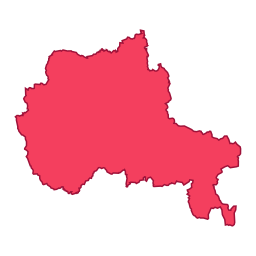 outline of Meiktila, Mandalay, Myanmar
{"feature_id": "60261553B62690814577767", "entity_name": "Meiktila", "entity_type": "district", "adm_level": 2, "iso_a3": "MMR", "parent_name": "Myanmar", "parent_adm1": "Mandalay", "projection": "mercator", "projection_center": [96.117, 20.958], "detail": "fine", "context": "isolated", "style": "filled", "palette": "rose", "viewbox_px": 256, "rotation_deg": 0, "n_neighbors": 0, "source": "geoboundaries", "source_scale": "gbopen_adm2", "svg_char_len": 5761}
<svg xmlns="http://www.w3.org/2000/svg" viewBox="0 0 256 256"><path d="M42.9,184.3L43.7,184.6L46.8,183.5L47.6,185.0L50.4,186.8L50.9,187.9L53.8,188.9L54.1,189.7L56.6,189.3L58.9,188.1L59.8,188.3L60.9,187.8L61.4,187.0L62.8,186.8L63.3,187.1L63.0,188.0L63.8,188.7L63.4,189.0L63.9,189.1L63.9,189.8L64.8,189.8L65.0,190.6L66.0,190.7L66.4,191.4L67.6,191.4L68.4,193.4L69.1,193.5L70.6,191.8L71.6,191.8L71.2,192.3L71.3,193.7L72.4,194.3L76.2,193.1L76.2,192.0L76.9,193.3L78.3,192.6L78.2,191.6L79.3,191.2L79.6,190.2L79.0,188.2L80.2,188.1L81.0,187.2L81.1,185.4L82.8,184.2L84.3,184.4L85.7,181.0L88.4,180.4L88.6,179.4L89.9,178.0L91.4,178.3L92.0,176.3L92.8,175.9L93.0,173.4L93.9,172.8L94.2,171.5L96.5,170.6L98.5,167.7L100.1,167.6L101.6,168.5L103.5,167.7L104.8,168.1L105.4,169.3L106.4,170.1L107.1,171.9L110.8,173.9L112.0,174.1L113.2,173.0L118.8,173.2L119.0,172.6L120.2,172.6L123.2,170.0L124.1,170.2L124.6,169.6L125.4,171.5L125.4,174.0L126.5,174.5L126.0,174.8L126.7,175.5L126.6,176.9L127.1,178.2L126.1,183.9L126.5,185.5L126.2,186.5L126.9,186.9L127.5,186.7L128.0,185.1L130.2,183.8L130.4,183.3L129.7,182.6L130.9,182.2L135.5,182.5L136.3,183.5L139.1,182.1L139.9,180.4L143.5,179.9L143.3,178.0L144.6,176.8L145.4,177.0L145.3,180.3L146.5,181.2L148.1,178.0L150.6,177.2L153.4,180.7L153.0,183.1L153.6,184.6L153.2,185.0L153.5,186.4L154.1,186.5L160.6,186.1L162.1,186.4L164.4,184.6L166.7,185.4L168.3,185.3L169.5,183.9L171.0,183.6L171.5,182.9L174.9,183.9L176.7,181.1L177.4,181.6L182.2,182.4L183.8,185.0L189.1,181.6L189.8,179.8L193.0,180.4L192.7,182.8L191.4,183.8L191.7,187.4L189.4,189.2L187.3,190.0L187.5,190.9L188.6,192.6L187.1,194.2L189.6,195.7L189.6,196.4L188.3,197.8L189.5,198.7L188.3,201.2L188.4,202.1L189.1,203.3L190.2,207.8L191.4,209.0L191.3,210.5L193.0,214.5L194.1,215.6L195.2,216.0L196.5,217.6L197.6,218.1L199.3,217.4L200.5,218.0L203.5,218.0L207.7,219.2L208.5,218.4L208.3,214.5L211.0,208.3L212.0,208.1L213.2,208.5L215.0,207.3L217.5,208.2L220.3,206.9L221.9,209.8L222.4,214.7L224.8,219.5L225.4,225.0L227.3,224.5L228.8,225.3L229.8,224.8L232.1,225.8L232.8,225.7L234.2,224.5L234.7,222.4L234.2,213.0L235.7,209.9L236.0,206.1L233.6,206.2L231.0,209.1L230.8,210.3L228.8,210.1L227.7,207.8L228.3,207.0L228.0,205.2L227.2,204.5L223.5,204.2L222.2,203.7L221.2,202.6L220.4,200.8L219.7,200.4L218.5,196.5L217.3,195.0L215.7,194.0L215.1,190.7L213.8,187.7L214.2,187.1L213.7,186.0L213.1,185.6L213.2,184.7L216.2,184.7L217.4,183.2L217.5,182.5L217.1,181.6L218.1,179.4L216.6,178.7L216.2,177.3L218.0,174.5L221.9,172.4L222.1,171.6L221.0,169.0L224.8,166.8L227.7,165.7L230.3,167.7L236.6,166.7L238.3,166.1L238.4,160.9L238.0,159.8L238.5,157.9L237.4,156.8L238.0,155.9L239.2,155.5L240.5,153.8L240.6,148.8L240.2,146.9L237.0,144.3L235.4,142.1L234.1,143.3L232.9,143.7L231.1,143.3L230.0,143.5L228.7,139.4L226.9,136.0L224.5,136.1L222.6,138.4L220.9,138.7L218.8,140.1L217.1,138.6L213.6,137.8L212.0,136.8L212.0,134.8L210.7,131.4L209.8,131.2L208.3,132.2L207.2,132.0L206.0,133.1L203.5,134.4L202.9,134.3L202.3,133.0L201.3,132.4L201.2,131.4L199.5,130.9L196.5,131.7L193.6,131.3L191.7,129.6L184.4,126.0L180.5,126.2L178.3,125.8L176.1,123.5L173.9,123.3L174.5,121.7L174.3,119.9L173.5,118.6L172.4,118.2L169.4,118.7L168.3,117.9L168.2,114.6L167.5,113.4L167.5,111.9L166.2,110.5L166.0,109.5L167.7,107.7L167.7,106.7L167.0,105.0L165.4,103.6L168.5,102.0L168.7,101.3L170.7,99.8L171.1,98.4L169.5,93.0L168.2,91.0L168.4,89.8L167.8,88.0L170.0,83.6L169.5,82.6L168.6,82.7L168.8,81.4L169.3,81.2L167.6,77.8L168.7,76.6L168.7,75.4L167.5,72.5L164.5,69.4L164.2,68.5L161.7,67.3L161.1,66.3L160.6,63.8L158.3,64.5L158.2,65.2L159.3,65.7L159.1,68.1L157.8,70.3L156.5,71.0L155.1,71.0L152.7,69.5L152.3,70.4L149.8,70.8L149.6,70.1L147.9,69.5L148.3,68.6L147.4,66.5L147.8,65.8L147.2,62.8L147.6,61.7L147.0,58.5L147.1,56.5L147.9,56.6L148.4,55.3L146.5,51.1L146.6,49.1L145.8,49.8L145.5,49.3L145.9,48.6L144.6,48.2L144.5,47.3L145.8,46.5L146.6,46.5L147.8,45.5L147.0,44.7L147.3,43.8L146.6,42.1L146.7,40.5L146.3,39.5L144.8,38.0L143.4,37.8L144.2,37.0L144.0,35.8L144.7,35.3L144.2,34.2L143.9,30.9L140.5,30.2L140.7,31.6L141.3,32.0L140.9,33.1L141.6,33.5L138.7,34.5L136.2,34.2L135.1,35.1L134.8,37.4L134.3,38.4L133.5,38.3L132.5,39.0L130.6,38.7L129.1,37.4L127.6,37.2L126.7,38.9L122.1,40.7L122.9,43.1L119.9,42.7L119.7,46.2L117.8,48.4L117.7,51.4L116.2,52.1L116.2,51.0L115.4,50.2L114.8,50.9L113.7,50.6L111.3,52.9L110.3,52.5L110.2,51.7L109.6,51.3L108.8,51.7L107.8,51.3L107.5,50.3L106.4,49.7L106.4,50.4L105.3,50.4L104.0,51.1L103.8,50.1L102.7,50.2L102.7,49.4L102.1,48.8L101.5,49.1L101.3,50.0L100.0,50.4L99.9,51.5L100.5,52.0L98.8,51.6L98.5,52.4L97.3,52.2L95.7,54.2L93.6,54.2L92.4,55.6L87.0,56.6L87.6,58.0L87.0,58.2L84.0,56.8L82.9,55.8L81.5,55.5L80.9,56.0L79.3,55.3L77.5,54.2L76.3,52.5L71.5,51.4L71.2,50.9L67.4,51.0L63.0,50.0L61.3,51.1L60.5,50.5L55.2,51.5L54.3,51.0L51.7,54.5L52.2,54.9L49.1,56.6L49.5,57.8L48.8,58.3L48.7,60.6L48.0,61.5L47.6,63.5L46.6,64.7L45.5,68.5L46.4,70.7L45.7,71.8L45.8,72.8L46.7,75.2L47.8,76.1L48.2,77.4L48.0,78.7L48.7,79.7L46.0,84.3L43.8,84.8L42.1,83.4L41.2,83.2L40.6,83.3L40.1,84.5L35.4,84.1L34.4,84.5L34.3,88.2L33.8,88.5L31.5,88.5L30.8,87.8L29.5,87.7L28.1,89.0L28.2,89.9L27.7,89.9L25.5,88.3L25.7,94.7L26.1,95.5L24.5,97.2L23.7,98.8L25.2,102.1L27.1,103.3L27.7,106.0L27.2,108.8L28.1,109.1L28.4,110.2L25.4,112.8L24.4,112.5L23.5,113.4L23.0,113.2L23.3,113.8L22.8,113.8L22.1,115.0L22.9,115.1L22.9,115.5L21.1,115.4L19.4,116.1L18.8,115.6L17.0,115.5L15.4,116.8L16.5,118.0L16.4,120.1L17.8,126.6L17.8,128.7L18.5,129.5L18.8,131.0L21.6,134.8L22.9,135.1L25.4,137.0L25.4,139.0L26.5,141.6L26.5,145.7L24.7,148.4L24.7,149.2L26.6,150.2L28.0,151.7L27.7,154.7L26.3,156.6L27.6,158.4L30.3,165.9L31.0,166.1L31.3,167.9L32.5,169.1L33.3,170.6L32.9,173.3L33.5,174.1L37.3,173.9L37.8,175.0L39.7,175.8L39.8,178.7L40.6,180.5L41.9,181.8L42.9,184.3Z" fill="#f43f5e" stroke="#9f1239" stroke-width="1.5"/></svg>